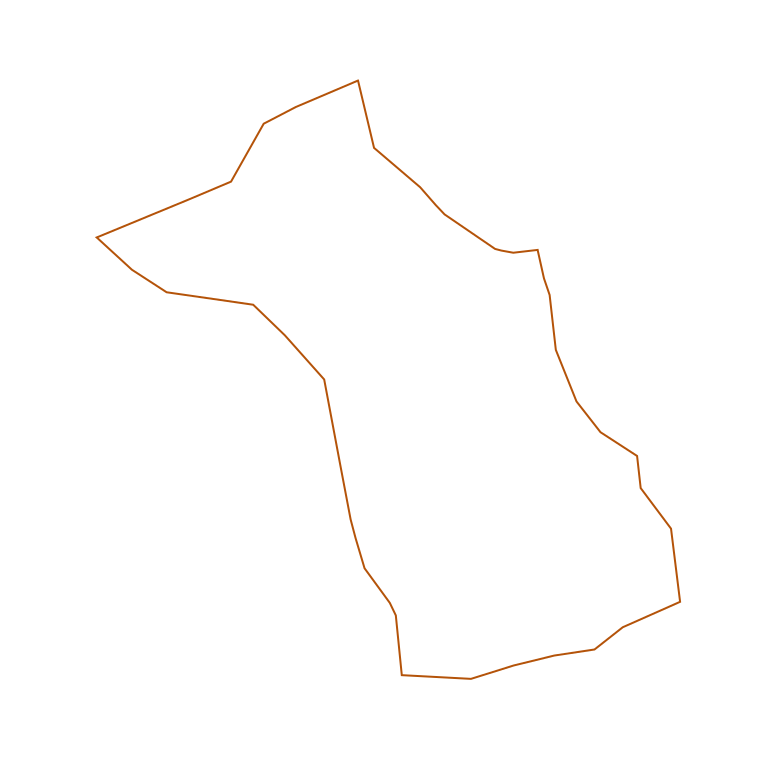 the district of O'lziit, Övörhangay, Mongolia, rotated 352°
{"feature_id": "93677404B71645043055089", "entity_name": "O'lziit", "entity_type": "district", "adm_level": 2, "iso_a3": "MNG", "parent_name": "Mongolia", "parent_adm1": "Övörhangay", "projection": "mercator", "projection_center": [103.414, 46.516], "detail": "fine", "context": "isolated", "style": "outline", "palette": "amber", "viewbox_px": 768, "rotation_deg": 352, "n_neighbors": 0, "source": "geoboundaries", "source_scale": "gbopen_adm2", "svg_char_len": 679}
<svg xmlns="http://www.w3.org/2000/svg" viewBox="0 0 768 768"><g transform="rotate(352 384 384)"><path d="M646.9,640.9L648.1,567.2L623.7,522.8L624.6,490.5L591.7,461.9L572.2,428.1L558.9,374.1L560.4,318.9L557.1,301.6L554.8,272.8L554.8,272.6L530.3,272.0L518.8,268.2L512.8,265.7L467.6,224.5L460.2,214.1L447.2,194.2L407.0,148.8L400.5,79.9L400.4,79.9L335.3,97.4L301.1,109.5L260.7,162.3L216.0,174.2L119.9,198.9L150.3,235.8L181.5,262.9L265.5,287.3L292.6,322.0L325.4,371.2L329.5,459.7L332.1,513.5L334.4,532.7L339.1,563.8L359.3,601.6L363.5,614.8L361.1,674.8L429.1,688.1L473.2,680.8L514.8,676.6L555.5,676.2L586.6,658.1L646.9,640.9Z" fill="none" stroke="#b45309" stroke-width="2"/></g></svg>